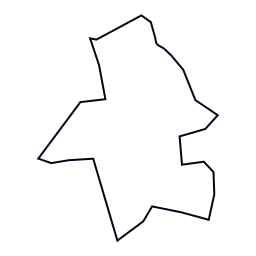 an SVG outline of Sejas
{"feature_id": "LVA-5777", "entity_name": "Sejas", "entity_type": "Municipality", "adm_level": 1, "iso_a3": "LVA", "parent_name": "Latvia", "parent_adm1": "", "projection": "orthographic", "projection_center": [24.56, 57.211], "detail": "fine", "context": "isolated", "style": "outline", "palette": "ink", "viewbox_px": 256, "rotation_deg": 0, "n_neighbors": 0, "source": "natural_earth", "source_scale": "10m", "svg_char_len": 478}
<svg xmlns="http://www.w3.org/2000/svg" viewBox="0 0 256 256"><path d="M141.4,15.4L150.8,22.1L155.1,37.4L156.1,42.6L157.6,44.9L164.0,48.6L171.2,55.4L183.2,69.7L195.4,100.1L217.7,115.2L205.4,128.9L179.6,136.4L182.0,164.7L203.8,161.7L213.5,172.1L214.3,194.4L208.7,219.8L181.2,212.3L152.1,206.4L143.3,221.3L117.4,240.6L93.2,158.7L69.0,160.2L51.2,163.1L38.3,158.6L80.4,102.1L105.4,99.2L99.0,64.9L90.1,38.4L96.4,39.6L141.4,15.4Z" fill="none" stroke="#020617" stroke-width="2"/></svg>